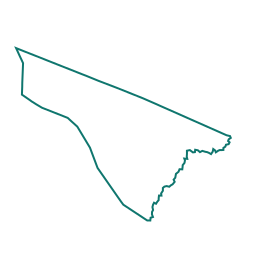 the district of Barro Alto, Bahia, Brazil, rotated 172°
{"feature_id": "56859067B11777623458278", "entity_name": "Barro Alto", "entity_type": "district", "adm_level": 2, "iso_a3": "BRA", "parent_name": "Brazil", "parent_adm1": "Bahia", "projection": "robinson", "projection_center": [-41.879, -11.85], "detail": "fine", "context": "isolated", "style": "outline", "palette": "teal", "viewbox_px": 256, "rotation_deg": 172, "n_neighbors": 0, "source": "geoboundaries", "source_scale": "gbopen_adm2", "svg_char_len": 1329}
<svg xmlns="http://www.w3.org/2000/svg" viewBox="0 0 256 256"><g transform="rotate(172 128 128)"><path d="M28.1,105.8L31.4,107.1L93.0,145.4L96.0,147.3L98.6,148.9L109.0,155.3L133.8,169.5L150.8,178.9L156.8,182.4L162.3,185.6L166.1,187.7L185.5,198.7L211.0,213.2L220.2,218.4L227.7,222.7L227.0,220.4L225.4,215.0L223.6,209.2L222.9,206.8L226.4,187.5L227.0,183.6L228.4,175.8L221.2,169.2L219.7,167.7L218.2,166.5L215.9,164.5L210.3,160.0L186.3,146.4L183.6,143.1L178.0,136.4L175.1,129.6L172.0,122.3L170.4,118.5L169.5,116.4L168.4,113.8L163.7,92.7L147.5,60.7L145.1,56.0L143.3,52.7L121.9,33.8L118.8,33.3L118.1,36.0L115.7,36.4L116.3,39.1L115.9,41.5L114.6,43.3L114.8,46.3L113.9,48.5L112.6,50.4L110.8,49.1L109.3,50.9L107.7,52.3L107.3,54.6L106.7,56.8L104.3,56.4L104.3,58.6L102.2,61.0L101.8,63.8L100.1,64.9L97.8,65.1L95.3,64.1L93.5,65.3L91.7,66.0L89.3,68.2L90.0,70.5L88.1,72.2L86.9,75.9L84.1,77.6L82.7,80.0L80.0,79.5L79.4,81.7L79.0,83.6L76.9,85.6L76.1,88.0L76.5,89.9L73.6,89.2L73.8,91.4L73.2,94.3L72.8,97.3L69.8,97.5L67.1,94.8L65.1,94.8L64.5,97.1L61.9,96.2L60.1,94.1L57.6,95.0L54.8,93.7L53.0,93.1L51.3,92.1L49.4,90.6L47.4,92.8L46.5,95.3L44.9,93.7L44.4,91.7L42.0,92.9L40.3,93.4L38.5,93.1L36.6,93.0L36.3,95.0L34.2,96.0L33.3,97.8L30.6,98.0L29.4,99.7L30.7,101.2L29.8,102.8L27.6,103.9L28.1,105.8Z" fill="none" stroke="#0f766e" stroke-width="2"/></g></svg>